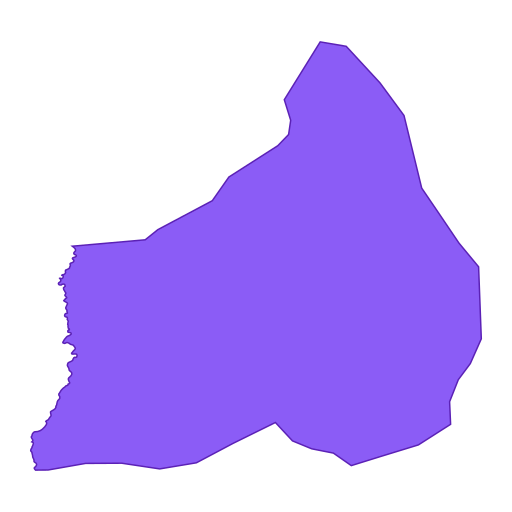 outline of Cenxermandal, Hentiy, Mongolia
{"feature_id": "93677404B41440940318448", "entity_name": "Cenxermandal", "entity_type": "district", "adm_level": 2, "iso_a3": "MNG", "parent_name": "Mongolia", "parent_adm1": "Hentiy", "projection": "equal_earth", "projection_center": [108.512, 47.906], "detail": "fine", "context": "isolated", "style": "filled", "palette": "violet", "viewbox_px": 512, "rotation_deg": 0, "n_neighbors": 0, "source": "geoboundaries", "source_scale": "gbopen_adm2", "svg_char_len": 4538}
<svg xmlns="http://www.w3.org/2000/svg" viewBox="0 0 512 512"><path d="M61.5,389.9L60.7,391.0L59.4,393.2L58.9,393.8L58.8,394.4L58.9,395.2L59.2,395.7L59.6,396.3L59.8,397.0L59.7,397.5L59.8,397.9L59.7,398.5L59.2,399.1L57.9,400.5L57.3,401.7L56.9,403.5L56.6,405.1L56.2,405.6L55.8,406.7L55.9,407.4L55.1,408.7L53.7,409.8L51.6,411.0L50.6,411.7L50.5,412.3L50.7,413.6L51.1,415.2L50.9,416.0L50.2,416.9L49.3,418.1L48.4,419.6L47.1,420.4L46.5,420.7L46.0,421.1L45.9,421.3L45.8,421.5L46.3,421.9L46.7,423.1L46.4,424.5L44.7,426.9L42.4,429.2L40.3,430.6L37.8,431.5L34.7,431.8L34.0,432.1L32.8,433.3L32.4,434.0L32.1,434.8L32.1,435.3L31.8,436.1L31.5,436.4L31.3,436.9L31.4,437.6L31.8,438.3L32.2,438.9L32.8,440.1L32.8,440.8L32.4,441.3L31.8,441.9L33.0,442.4L33.3,443.0L33.3,443.7L33.0,444.7L32.6,445.8L32.0,447.0L32.0,447.6L31.0,449.2L30.7,450.4L30.8,450.9L31.0,451.3L31.4,451.7L31.9,452.3L32.0,453.2L32.3,454.4L32.6,455.7L32.7,456.9L33.0,457.7L33.6,458.9L34.0,460.1L34.0,461.4L34.3,461.9L34.9,462.4L35.8,462.9L36.3,463.6L36.6,464.3L36.5,465.0L36.2,465.8L34.9,467.2L34.3,467.8L34.3,468.5L34.6,469.0L35.2,469.7L35.5,470.1L48.0,470.0L85.6,463.4L121.7,463.2L159.7,468.9L196.4,462.8L233.0,443.4L275.4,422.5L292.5,440.9L311.7,448.8L333.4,453.1L351.3,465.6L380.9,456.4L418.4,444.9L450.6,424.3L449.6,401.7L458.3,379.7L470.3,363.6L481.3,338.8L478.6,266.8L458.9,243.0L440.8,216.2L421.7,188.1L404.0,115.5L380.0,82.9L346.2,46.3L320.2,41.9L284.3,99.7L290.7,120.3L288.6,134.5L277.8,145.7L228.9,177.0L212.3,200.7L157.9,229.6L145.2,239.8L72.3,246.2L73.7,247.3L74.4,247.9L75.2,248.8L75.5,249.9L75.5,250.7L75.4,251.0L74.7,251.7L74.0,252.5L73.8,253.2L73.9,253.8L74.2,254.2L74.8,254.6L75.3,254.7L75.8,255.0L76.3,255.5L76.3,256.1L76.0,256.5L75.4,256.9L74.5,257.2L73.6,257.5L72.8,257.8L72.5,258.2L72.4,258.6L72.6,259.0L73.2,259.6L73.7,260.1L73.9,260.6L73.8,261.3L73.4,261.9L72.4,262.5L71.2,263.0L70.7,263.1L70.2,263.5L70.0,264.0L70.3,264.7L70.4,265.3L70.2,265.8L70.1,266.5L69.7,267.0L69.6,267.3L69.5,267.8L69.5,268.0L69.3,268.3L68.6,268.7L67.7,269.2L66.4,269.8L65.6,270.1L65.5,270.4L65.4,270.9L65.4,271.7L65.6,272.7L65.2,273.3L64.8,273.9L64.0,274.5L63.0,274.6L62.4,274.8L62.0,275.0L61.9,275.1L61.8,275.3L62.1,275.5L62.5,275.6L63.1,275.8L63.3,276.3L63.2,277.1L62.8,277.9L62.2,278.5L61.8,278.6L61.1,278.5L60.5,278.3L60.1,278.2L59.8,278.2L59.6,278.3L59.7,278.5L60.6,279.4L60.8,280.3L60.8,280.8L60.3,281.6L59.6,282.2L58.8,282.7L58.4,283.4L58.5,284.0L58.8,284.5L59.2,284.8L60.0,285.0L61.2,285.0L61.6,284.8L61.8,284.5L62.0,284.3L63.5,284.1L64.2,284.2L64.7,284.5L65.0,285.5L65.2,286.2L64.5,286.9L63.9,287.4L63.5,287.8L63.5,288.5L63.6,289.1L63.8,289.7L64.1,290.2L64.6,290.9L64.9,291.7L65.6,292.5L65.8,293.2L65.6,293.9L65.2,294.5L64.9,295.1L64.9,295.4L65.1,295.8L65.7,296.3L66.3,296.9L66.7,297.6L66.7,297.8L65.8,298.4L65.3,298.7L65.2,298.9L65.2,299.2L65.0,299.4L64.2,300.1L63.8,300.5L64.0,300.9L64.4,301.3L65.3,301.7L66.3,302.3L66.9,302.7L67.2,303.0L67.4,303.3L67.5,303.6L67.4,304.1L66.9,305.0L66.3,306.4L65.8,307.5L65.8,308.4L66.2,309.2L66.7,309.8L67.0,310.3L66.9,311.2L67.2,312.0L67.3,312.6L67.4,313.0L67.1,313.3L66.3,313.4L65.8,313.5L65.3,313.8L64.9,314.4L64.6,315.3L64.7,316.0L64.9,316.3L65.3,316.7L66.0,316.9L67.1,317.3L67.4,317.8L67.4,318.6L67.2,319.4L67.5,319.8L68.3,321.2L68.0,322.1L67.9,323.0L67.7,324.5L68.1,325.1L68.0,326.3L68.1,327.3L68.5,328.7L68.9,328.9L69.3,329.0L69.4,329.4L69.2,329.8L68.8,330.1L68.1,330.4L67.9,330.6L67.8,331.3L67.9,332.0L68.1,332.2L68.9,332.4L70.1,332.6L70.7,332.8L71.1,333.3L71.2,333.8L71.0,334.3L70.2,334.9L69.7,335.3L69.2,335.6L68.3,335.9L67.5,336.2L66.5,337.0L65.8,337.9L64.9,338.9L63.9,340.3L63.3,341.6L62.9,342.0L62.8,342.3L62.9,342.8L63.5,343.1L64.4,343.4L65.0,343.3L66.4,342.7L67.0,342.5L67.8,342.7L68.7,343.0L70.2,344.1L71.0,344.5L72.0,344.7L73.3,345.2L74.1,346.3L75.0,347.5L75.3,348.3L75.2,348.8L74.6,349.8L74.1,350.2L73.6,350.7L72.9,351.5L72.3,352.4L71.6,353.1L71.6,353.5L71.7,353.8L72.2,354.0L72.8,354.1L74.2,354.0L75.6,354.0L76.6,354.2L77.1,355.4L76.7,357.0L76.4,357.2L75.9,357.4L75.1,357.3L74.6,357.3L73.8,357.8L73.3,358.7L73.0,359.2L72.7,360.3L71.5,361.2L69.0,362.3L68.0,363.0L67.7,363.7L67.4,364.9L67.4,365.5L67.7,366.3L68.4,367.5L68.9,368.5L69.1,369.9L69.4,370.5L69.7,370.8L71.0,371.9L71.7,372.8L71.8,373.5L71.7,374.5L70.9,375.9L70.6,376.1L70.1,376.6L69.7,377.0L68.8,377.8L68.4,378.6L68.3,379.1L68.5,380.1L68.9,381.2L69.6,382.4L69.7,383.0L69.5,383.3L69.0,383.8L68.5,383.9L68.0,384.2L68.0,384.8L67.6,385.3L67.2,385.5L66.6,385.6L66.0,385.8L65.3,386.5L64.5,387.3L63.5,387.9L61.5,389.9Z" fill="#8b5cf6" stroke="#5b21b6" stroke-width="1.5"/></svg>